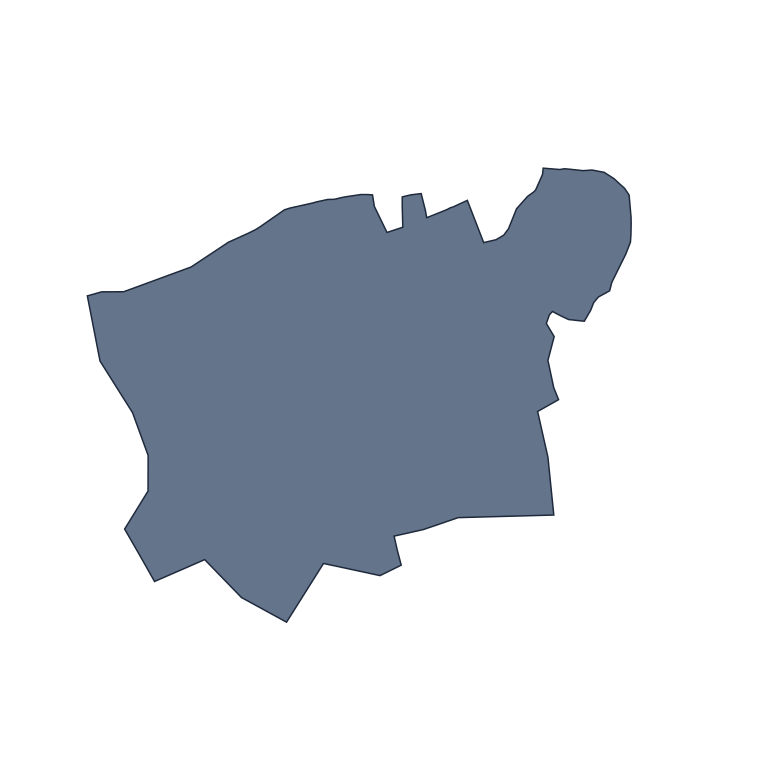 Tangaza, Sokoto, Nigeria (Natural Earth projection), rotated 252°
{"feature_id": "59680162B53228015633193", "entity_name": "Tangaza", "entity_type": "district", "adm_level": 2, "iso_a3": "NGA", "parent_name": "Nigeria", "parent_adm1": "Sokoto", "projection": "natural_earth1", "projection_center": [5.031, 13.477], "detail": "fine", "context": "isolated", "style": "filled", "palette": "slate", "viewbox_px": 768, "rotation_deg": 252, "n_neighbors": 0, "source": "geoboundaries", "source_scale": "gbopen_adm2", "svg_char_len": 1453}
<svg xmlns="http://www.w3.org/2000/svg" viewBox="0 0 768 768"><g transform="rotate(252 384 384)"><path d="M487.9,675.5L495.7,673.3L502.1,669.6L508.2,666.2L514.8,660.8L515.0,660.6L517.2,658.9L523.2,648.0L525.4,639.2L530.9,627.0L532.9,622.3L533.7,617.4L539.3,604.0L540.1,602.1L534.3,599.5L521.7,588.2L520.3,585.5L518.2,578.9L517.5,577.6L509.7,564.2L493.3,550.5L488.6,543.9L486.6,535.1L487.7,522.5L532.9,520.0L531.0,504.1L531.1,501.6L530.4,497.5L530.0,491.7L529.0,476.0L536.2,477.0L553.6,478.2L555.6,468.0L556.3,459.2L550.0,457.1L546.8,456.1L527.3,450.3L527.2,433.7L555.8,429.7L567.4,431.5L569.3,426.8L571.3,420.7L573.7,406.6L574.2,403.0L574.4,401.4L575.0,393.9L576.9,387.5L578.0,376.7L578.2,372.2L578.6,367.7L580.4,348.8L580.4,343.0L571.7,314.3L570.4,309.1L569.3,301.2L566.9,279.8L554.9,236.7L552.2,164.9L558.9,143.9L559.5,129.1L493.6,121.0L434.4,136.0L388.9,137.6L355.1,126.5L326.2,92.5L298.3,98.4L269.4,104.3L267.1,104.7L272.4,159.2L224.9,182.5L187.6,217.7L232.0,271.0L203.0,321.0L206.4,344.4L222.0,345.3L236.2,346.6L233.4,376.7L234.0,413.2L206.9,505.0L263.8,517.3L310.4,521.6L315.2,545.2L328.1,544.3L355.8,547.2L376.5,560.5L391.4,557.1L398.8,562.8L400.9,566.7L397.2,570.2L393.7,573.7L390.5,577.1L388.7,579.0L388.0,580.0L386.8,582.8L384.8,587.1L381.8,593.9L390.2,603.3L396.6,608.6L400.5,614.8L402.9,627.4L410.3,632.1L432.7,654.0L442.7,662.2L449.7,665.0L460.1,668.6L466.3,670.5L487.9,675.5Z" fill="#64748b" stroke="#1e293b" stroke-width="1.5"/></g></svg>